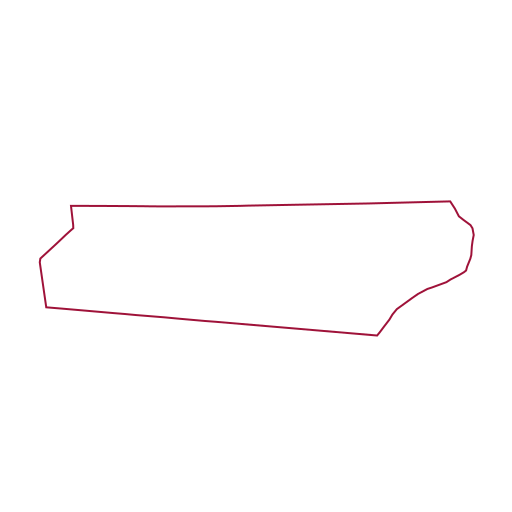 Ipubi, Pernambuco, Brazil, rotated 102°
{"feature_id": "56859067B31416685078999", "entity_name": "Ipubi", "entity_type": "district", "adm_level": 2, "iso_a3": "BRA", "parent_name": "Brazil", "parent_adm1": "Pernambuco", "projection": "equal_earth", "projection_center": [-40.224, -7.501], "detail": "fine", "context": "isolated", "style": "outline", "palette": "rose", "viewbox_px": 512, "rotation_deg": 102, "n_neighbors": 0, "source": "geoboundaries", "source_scale": "gbopen_adm2", "svg_char_len": 876}
<svg xmlns="http://www.w3.org/2000/svg" viewBox="0 0 512 512"><g transform="rotate(102 256 256)"><path d="M242.0,64.3L238.5,60.8L232.1,53.0L228.6,49.2L226.5,47.5L222.6,47.3L214.1,45.8L210.3,45.6L201.5,46.9L196.1,47.3L190.2,47.4L183.9,50.0L181.2,52.6L177.6,60.5L175.0,65.8L168.3,71.3L162.2,77.4L181.3,157.2L197.8,228.6L208.6,275.2L210.2,281.7L215.9,306.5L219.0,320.8L226.1,354.0L227.6,361.0L229.6,370.8L230.5,375.4L233.1,388.2L238.4,413.9L245.4,447.4L263.6,441.3L266.8,440.5L269.4,442.5L274.8,446.4L284.7,453.2L293.9,459.7L303.3,466.4L307.1,466.2L328.6,458.3L349.8,450.5L347.8,434.8L345.0,412.2L341.4,383.0L340.0,372.2L338.7,361.0L335.0,332.6L333.4,318.8L330.2,292.6L328.8,282.3L319.3,206.6L308.6,121.0L304.9,119.1L297.8,115.8L290.5,112.3L284.9,110.4L278.7,107.2L264.5,94.4L259.3,89.5L252.6,81.5L250.3,77.5L242.0,64.3Z" fill="none" stroke="#9f1239" stroke-width="2"/></g></svg>